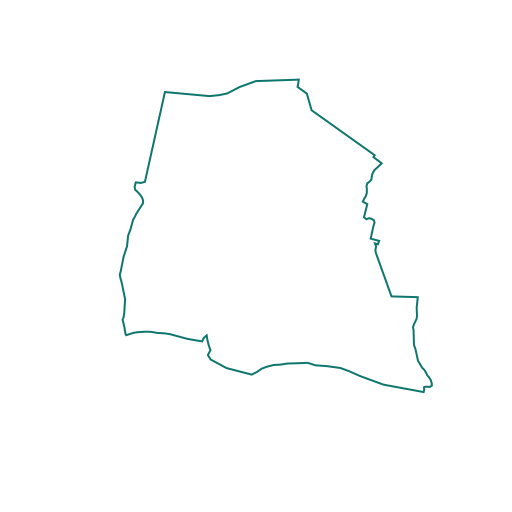 the district of Batu Pahat, Johor, Malaysia, rotated 340°
{"feature_id": "92858781B37388362285714", "entity_name": "Batu Pahat", "entity_type": "district", "adm_level": 2, "iso_a3": "MYS", "parent_name": "Malaysia", "parent_adm1": "Johor", "projection": "mercator", "projection_center": [103.04, 1.914], "detail": "fine", "context": "isolated", "style": "outline", "palette": "teal", "viewbox_px": 512, "rotation_deg": 340, "n_neighbors": 0, "source": "geoboundaries", "source_scale": "gbopen_adm2", "svg_char_len": 1827}
<svg xmlns="http://www.w3.org/2000/svg" viewBox="0 0 512 512"><g transform="rotate(340 256 256)"><path d="M226.5,70.8L177.0,148.3L172.9,148.0L168.2,145.7L165.6,149.5L165.1,152.3L167.0,156.1L168.2,159.4L168.9,162.0L168.9,165.1L167.7,168.0L164.6,170.3L161.1,172.9L158.0,175.3L155.6,177.7L153.0,179.8L147.3,187.9L142.8,193.1L138.1,202.8L131.2,211.6L124.1,223.4L121.5,227.2L121.0,230.6L120.8,233.9L120.5,236.5L118.2,251.9L112.7,264.5L110.6,268.3L108.7,270.4L108.7,272.3L108.0,277.7L106.5,286.0L106.2,286.0L114.7,286.3L118.7,287.1L126.2,289.3L131.7,291.5L136.9,294.5L143.6,297.4L148.4,300.0L153.2,303.4L163.2,310.4L171.0,314.9L176.2,317.8L178.8,315.2L182.5,313.7L181.7,317.8L181.0,324.1L181.0,328.9L176.9,332.6L178.0,337.8L184.0,344.5L189.9,351.2L211.4,366.0L217.7,365.2L222.9,363.8L229.2,363.8L235.5,364.5L241.7,366.4L248.8,367.8L256.6,370.4L268.1,374.1L274.4,379.0L285.1,383.8L297.0,390.1L304.0,396.0L313.3,404.9L331.8,420.5L367.0,441.2L368.3,439.2L369.0,436.8L370.7,436.8L372.6,437.6L374.5,438.5L376.9,438.0L377.6,435.7L377.8,432.3L377.1,429.3L376.1,426.6L375.9,423.6L375.2,420.5L374.0,418.1L372.4,410.0L374.0,398.0L374.0,393.9L375.0,390.6L378.5,380.2L379.2,376.6L381.1,374.2L385.4,370.0L386.8,367.4L388.0,363.6L389.4,359.3L393.9,350.1L392.9,349.6L369.5,340.3L369.7,293.2L370.7,290.3L372.1,288.2L372.1,284.9L374.5,286.7L376.9,283.9L369.7,278.9L376.4,268.3L378.8,265.2L379.0,262.6L377.3,260.7L375.4,259.2L372.4,259.2L370.7,256.6L378.3,245.3L375.0,241.5L377.3,239.1L379.7,237.2L381.6,234.8L383.0,231.3L383.7,228.2L385.4,225.8L388.2,224.9L390.6,223.7L392.0,220.8L393.9,218.2L396.5,215.9L398.4,215.1L405.8,211.9L400.2,203.3L402.0,201.9L358.1,138.1L359.3,120.8L352.9,111.3L354.3,108.9L355.8,106.3L356.5,104.9L315.7,91.6L298.3,91.6L284.4,93.4L276.3,92.2L267.1,89.9L226.5,70.8Z" fill="none" stroke="#0f766e" stroke-width="2"/></g></svg>